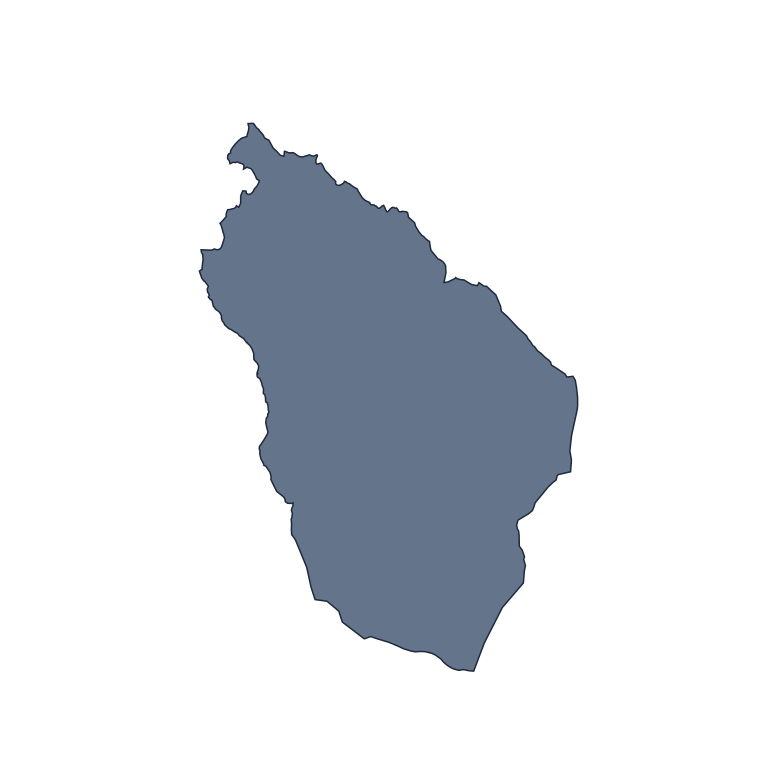 the district of Poiana Vadului, Alba, Romania, rotated 240°
{"feature_id": "2599482B80171026401494", "entity_name": "Poiana Vadului", "entity_type": "district", "adm_level": 2, "iso_a3": "ROU", "parent_name": "Romania", "parent_adm1": "Alba", "projection": "orthographic", "projection_center": [22.883, 46.405], "detail": "fine", "context": "isolated", "style": "filled", "palette": "slate", "viewbox_px": 768, "rotation_deg": 240, "n_neighbors": 0, "source": "geoboundaries", "source_scale": "gbopen_adm2", "svg_char_len": 6034}
<svg xmlns="http://www.w3.org/2000/svg" viewBox="0 0 768 768"><g transform="rotate(240 384 384)"><path d="M652.9,406.2L654.2,405.2L655.7,404.2L657.4,403.6L659.7,403.9L662.8,403.4L665.2,402.8L667.1,402.8L669.2,401.9L671.3,401.5L673.6,401.5L675.1,401.1L675.9,399.7L677.5,396.4L673.6,395.2L670.8,392.9L669.3,391.2L666.9,389.1L667.5,386.2L668.1,383.5L667.5,379.8L666.1,374.9L664.1,370.1L662.6,367.7L660.7,366.6L660.9,364.8L660.3,363.2L657.8,361.4L656.8,361.2L654.9,361.6L651.7,360.8L651.4,364.5L650.1,365.8L649.6,368.2L648.0,369.1L646.3,370.7L645.3,371.6L643.5,372.0L641.9,371.2L640.3,369.8L640.3,373.8L639.3,374.4L638.4,375.2L637.7,376.0L636.4,376.6L634.6,376.8L629.7,376.8L627.6,376.6L625.3,376.2L624.0,376.9L622.5,377.7L620.9,376.1L619.1,373.3L617.6,368.9L616.1,367.0L615.2,363.7L616.0,361.3L618.0,360.1L620.0,361.0L621.9,358.3L619.5,355.0L618.0,353.6L614.9,351.8L612.2,350.2L609.7,346.6L612.2,345.3L611.1,343.8L611.1,341.8L611.6,340.1L612.4,337.2L613.1,335.8L611.5,333.6L610.2,332.4L609.2,331.6L608.0,331.3L606.3,326.6L605.5,324.0L605.2,322.3L604.1,322.4L602.6,322.2L599.8,321.6L596.3,320.6L593.8,320.1L590.8,319.2L588.6,317.0L584.1,312.0L583.0,309.8L583.5,306.7L585.8,304.6L586.1,301.6L591.7,292.7L589.1,291.7L586.7,291.7L582.2,289.5L575.6,284.5L574.3,283.9L574.3,282.2L574.0,280.5L571.3,280.0L566.6,279.1L563.1,279.5L562.4,280.1L556.5,280.8L554.5,278.3L551.8,277.2L550.8,277.2L550.1,277.4L548.1,277.0L547.4,275.6L546.5,275.3L545.9,275.8L544.7,275.8L544.2,275.7L542.8,276.7L541.5,276.7L540.6,276.1L539.1,276.0L537.2,275.1L532.8,275.6L529.3,277.2L526.4,277.5L523.8,277.2L522.7,276.2L519.1,275.4L517.7,275.9L514.9,275.6L509.8,277.2L507.8,278.7L503.7,280.7L501.1,282.5L498.0,282.9L493.6,285.1L489.9,285.6L488.6,285.6L488.4,286.2L486.4,286.4L485.3,286.9L483.6,287.2L480.4,287.2L475.8,286.5L473.5,285.3L470.5,283.7L469.4,283.7L465.6,284.6L462.2,284.5L459.5,282.4L457.1,279.6L456.1,279.9L455.9,278.8L454.0,278.0L452.9,278.0L450.7,279.2L446.2,278.6L443.9,277.8L440.0,277.2L436.2,274.8L434.0,275.4L431.5,274.5L427.7,272.6L426.3,273.5L422.7,272.5L419.4,270.8L417.1,270.2L416.1,268.3L414.1,267.0L413.1,264.9L410.8,263.1L409.5,262.2L406.8,261.3L403.9,260.4L402.0,260.0L400.6,259.5L399.6,258.7L398.2,256.6L397.1,254.7L396.1,252.9L394.7,250.3L393.4,247.7L392.5,245.4L391.6,244.4L389.7,243.3L388.6,243.4L385.1,241.3L380.7,240.0L375.2,239.8L373.6,239.3L371.9,240.6L364.5,241.1L360.1,239.9L357.9,238.3L349.0,237.6L344.5,237.4L336.2,240.7L333.6,240.6L331.3,239.7L328.9,240.9L326.6,244.5L326.4,245.8L324.4,244.4L323.5,243.5L322.2,241.8L320.8,240.6L319.2,240.2L318.3,240.2L317.0,239.4L315.8,238.4L314.6,237.8L313.5,236.1L309.4,234.2L303.9,230.8L299.6,228.7L297.8,229.0L294.9,229.3L292.1,229.2L269.8,226.2L263.9,225.4L244.7,219.3L231.8,216.5L228.8,220.3L224.4,226.0L209.8,231.3L202.0,229.6L198.6,228.9L173.2,239.5L171.9,246.2L165.8,251.6L163.5,253.8L157.6,259.3L150.7,264.5L144.8,268.7L139.4,273.7L136.4,277.2L135.3,279.5L133.8,282.4L131.5,286.0L126.9,290.7L123.6,293.0L117.4,295.8L115.4,296.1L113.0,296.6L109.9,297.7L106.5,299.2L103.3,301.2L101.7,302.6L100.0,304.2L98.5,305.8L97.2,309.4L96.4,310.7L93.6,313.7L90.5,318.1L109.5,341.3L131.3,374.8L142.0,405.2L152.2,412.3L156.0,415.7L162.4,417.3L164.1,419.3L170.8,420.6L175.9,420.1L185.7,425.5L189.2,427.0L192.3,427.2L195.4,428.3L199.1,431.9L199.3,439.7L199.3,444.2L200.2,449.2L201.7,451.3L205.6,455.6L209.4,465.9L212.7,474.5L213.2,476.5L214.2,480.7L214.9,485.3L217.9,487.9L218.4,489.6L214.7,501.7L224.6,508.4L233.1,511.5L240.1,516.6L246.1,521.1L265.3,538.6L268.2,540.7L275.3,544.8L284.0,548.7L291.5,551.5L296.2,551.5L298.5,545.9L302.3,545.7L314.3,539.8L315.7,538.9L316.9,538.5L317.9,538.7L319.6,539.2L320.6,538.9L322.3,538.6L326.9,536.7L331.7,535.4L333.8,534.5L336.0,533.5L341.1,533.0L342.9,532.1L346.8,532.0L350.9,531.3L354.5,531.5L365.4,528.1L381.0,524.4L388.4,522.0L393.0,523.8L402.9,525.1L405.3,525.4L417.5,521.6L418.7,519.5L424.3,516.9L423.2,515.4L422.5,514.0L424.8,511.3L426.3,509.7L429.1,508.0L434.0,505.4L436.4,502.1L439.1,499.7L440.3,499.4L440.0,498.6L439.9,497.5L440.4,490.4L441.9,486.7L449.4,493.3L455.6,496.4L457.6,496.6L459.8,496.3L462.2,495.4L464.0,494.4L465.3,493.3L476.1,491.5L479.0,492.4L484.8,494.7L485.9,493.9L490.1,492.4L491.9,492.1L493.9,491.0L498.6,490.3L504.7,490.2L508.3,491.1L514.1,489.3L516.0,488.6L520.7,490.1L522.0,489.4L524.5,486.1L524.4,485.4L524.9,484.3L525.9,483.1L527.7,483.2L529.4,483.1L530.3,482.8L530.8,481.4L531.8,480.9L532.7,479.8L532.8,478.7L532.4,476.7L531.7,474.9L531.3,473.5L531.8,472.6L533.2,472.6L534.2,472.6L535.4,472.7L536.7,473.0L538.9,473.0L539.0,472.6L539.1,471.2L538.7,469.8L538.6,468.8L538.5,467.7L539.2,466.8L540.8,466.5L542.2,466.1L542.5,465.4L543.9,465.0L544.6,464.2L544.8,463.4L545.6,462.7L546.2,462.2L547.6,462.1L548.1,462.4L549.5,461.6L550.5,460.7L551.7,460.1L552.5,459.4L554.1,459.0L556.5,458.3L557.8,458.3L559.2,458.2L560.5,458.2L562.2,458.2L564.0,458.0L564.7,458.0L565.6,458.4L566.9,458.1L568.2,457.2L569.2,456.5L571.7,455.4L573.6,454.6L574.9,454.1L575.8,453.2L576.5,452.7L577.4,452.4L578.3,452.0L579.3,451.1L578.8,450.6L578.4,449.6L578.1,448.9L578.1,447.9L578.1,447.1L578.2,445.5L578.5,444.4L579.1,443.5L579.9,442.7L580.8,442.3L581.7,442.4L582.7,442.8L583.5,443.5L584.6,443.2L586.3,442.9L587.3,442.5L588.4,442.1L589.8,441.8L591.6,441.4L592.6,441.2L594.3,440.9L595.9,440.4L597.5,440.0L598.8,439.8L599.7,439.7L600.6,440.0L601.7,440.0L603.5,440.2L605.1,440.1L606.1,440.1L606.7,439.9L607.0,439.4L607.2,438.5L607.3,437.7L607.6,436.8L607.9,435.9L608.3,435.6L609.1,435.7L610.0,435.8L610.7,436.2L611.5,436.7L612.2,437.1L612.8,437.8L613.5,438.5L614.0,439.3L614.6,440.1L615.1,440.6L615.6,440.7L615.9,440.5L616.2,440.0L616.3,438.7L616.3,438.0L616.6,436.9L617.4,435.9L618.4,435.0L619.5,434.2L619.8,433.6L620.1,432.9L620.1,432.2L620.8,429.5L621.2,427.5L621.5,426.8L622.7,425.1L623.5,424.3L624.9,423.4L626.4,422.7L628.0,422.1L629.7,421.0L630.6,419.5L630.9,418.6L631.5,417.5L632.3,416.7L633.6,415.8L634.9,414.7L635.3,414.1L633.0,412.5L631.3,411.0L634.1,408.5L638.8,407.5L643.9,406.0L652.9,406.2Z" fill="#64748b" stroke="#1e293b" stroke-width="1.5"/></g></svg>